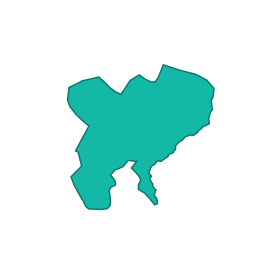 Nkanu West, Enugu, Nigeria (orthographic projection), rotated 130°
{"feature_id": "59680162B79793295224635", "entity_name": "Nkanu West", "entity_type": "district", "adm_level": 2, "iso_a3": "NGA", "parent_name": "Nigeria", "parent_adm1": "Enugu", "projection": "orthographic", "projection_center": [7.539, 6.306], "detail": "fine", "context": "isolated", "style": "filled", "palette": "teal", "viewbox_px": 256, "rotation_deg": 130, "n_neighbors": 0, "source": "geoboundaries", "source_scale": "gbopen_adm2", "svg_char_len": 1783}
<svg xmlns="http://www.w3.org/2000/svg" viewBox="0 0 256 256"><g transform="rotate(130 128 128)"><path d="M72.5,68.5L68.3,72.8L61.8,75.3L59.9,75.0L53.5,81.9L50.0,82.6L42.4,87.5L40.7,98.6L43.0,109.2L43.9,111.7L49.4,123.2L49.9,124.0L56.9,141.5L69.8,137.3L74.7,136.8L77.6,139.2L79.1,143.9L79.8,148.5L79.9,151.2L80.1,153.5L90.1,156.9L106.7,155.0L108.4,161.4L108.7,168.1L108.2,172.8L108.0,173.9L107.7,183.1L121.5,193.5L126.9,195.5L134.8,199.2L145.4,192.3L148.9,186.3L151.0,176.5L151.6,166.6L151.6,159.2L179.2,153.5L178.5,150.7L187.1,139.0L202.0,140.3L202.2,140.0L206.4,132.4L206.7,131.8L207.4,130.0L207.5,129.7L212.2,117.4L212.5,115.7L213.2,114.2L213.4,113.9L215.2,110.2L215.3,106.2L209.7,99.0L208.1,96.7L203.2,92.1L199.1,91.8L195.6,94.1L191.6,98.1L187.8,102.4L184.8,103.1L179.9,101.0L178.1,102.2L176.7,104.3L175.1,111.4L174.0,111.3L169.6,110.9L168.7,111.2L166.8,110.1L164.9,109.0L160.7,106.9L152.7,107.1L148.0,99.9L150.3,99.9L156.5,99.6L157.1,92.6L158.2,87.5L159.8,84.7L164.6,83.5L168.3,80.6L167.2,73.0L168.2,65.2L168.6,63.8L169.7,58.2L167.1,56.8L165.4,58.4L163.6,60.7L163.1,62.2L163.3,63.7L162.0,65.1L160.2,65.8L158.4,66.5L157.6,66.5L157.2,69.3L156.7,71.7L154.8,73.2L154.7,74.7L153.0,78.3L152.2,79.3L151.2,79.3L150.2,78.8L149.7,79.2L149.6,80.3L149.4,82.4L148.8,83.2L145.9,84.2L144.5,85.0L143.2,85.2L141.1,85.3L138.6,84.2L135.5,84.3L134.1,84.6L133.3,82.7L132.1,81.0L130.3,80.9L128.7,80.2L126.9,80.1L124.7,79.0L122.7,79.4L122.0,79.5L118.1,77.7L117.1,77.5L116.0,78.2L113.9,77.9L113.0,78.4L111.8,79.8L109.4,80.2L108.0,79.9L106.3,80.1L104.2,79.2L101.7,78.4L99.1,78.5L97.3,78.5L95.6,77.0L94.1,76.6L93.0,75.5L92.6,74.1L90.8,72.8L88.5,72.6L86.7,71.8L85.0,72.3L84.0,72.2L83.2,71.7L81.9,71.6L80.7,71.3L79.1,71.6L74.3,69.2L72.5,68.5Z" fill="#14b8a6" stroke="#0f766e" stroke-width="1.5"/></g></svg>